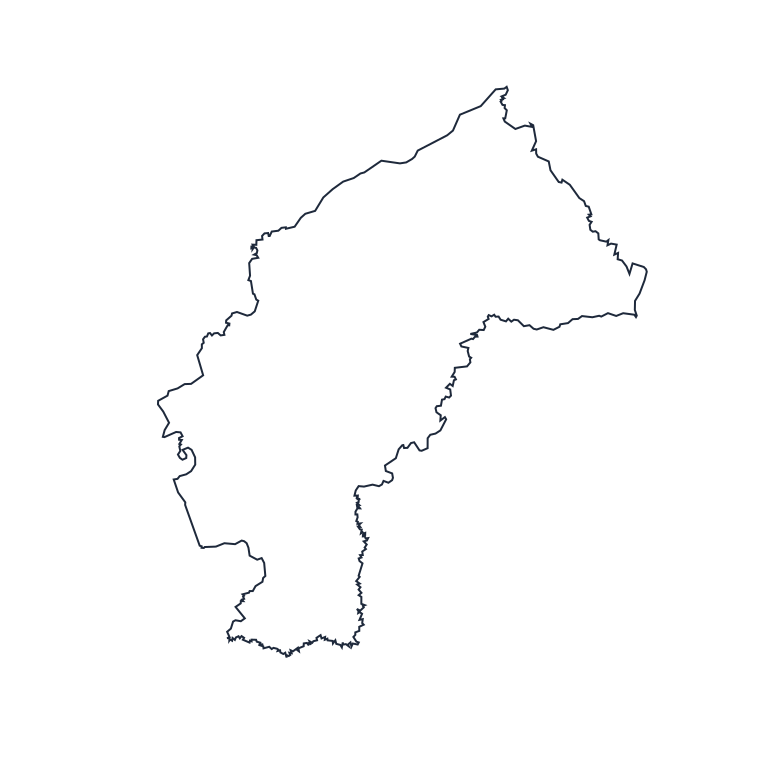 Majalengka, Jawa Barat, Indonesia (Albers equal-area conic projection), rotated 233°
{"feature_id": "22746128B87647472826371", "entity_name": "Majalengka", "entity_type": "district", "adm_level": 2, "iso_a3": "IDN", "parent_name": "Indonesia", "parent_adm1": "Jawa Barat", "projection": "albers", "projection_center": [108.194, -6.808], "detail": "fine", "context": "isolated", "style": "outline", "palette": "slate", "viewbox_px": 768, "rotation_deg": 233, "n_neighbors": 0, "source": "geoboundaries", "source_scale": "gbopen_adm2", "svg_char_len": 6154}
<svg xmlns="http://www.w3.org/2000/svg" viewBox="0 0 768 768"><g transform="rotate(233 384 384)"><path d="M547.5,660.8L547.5,657.9L552.1,650.5L547.7,628.5L553.4,606.7L544.9,591.6L544.6,584.1L550.1,551.4L547.1,545.4L546.8,541.9L547.6,535.1L550.6,529.5L563.9,516.3L564.8,495.6L566.3,491.9L566.7,483.8L570.2,473.2L570.5,460.3L569.5,447.8L563.7,433.2L567.3,423.6L566.8,417.6L563.4,407.3L567.0,399.1L568.2,399.9L570.4,396.1L570.0,391.9L573.3,386.1L571.0,381.8L571.6,381.0L574.3,382.3L576.2,379.2L575.6,375.7L572.5,373.9L575.6,368.7L572.0,365.8L574.3,363.0L572.6,362.8L573.6,360.9L572.4,359.9L572.2,361.4L570.7,360.1L571.4,362.2L569.7,363.8L566.9,363.3L565.1,361.2L565.5,358.1L563.5,359.8L560.5,359.5L563.3,354.0L561.7,349.1L551.1,342.2L548.6,338.2L546.3,339.7L535.0,333.7L533.6,334.5L528.3,332.8L526.2,333.7L519.8,324.5L519.5,319.5L520.9,315.9L530.0,309.9L531.8,305.1L530.3,303.3L529.8,296.3L528.0,294.7L525.3,296.9L524.0,295.7L525.0,294.5L521.9,287.3L519.3,286.1L521.1,282.8L524.8,282.0L526.7,278.8L526.3,275.8L529.4,275.7L530.2,274.1L528.5,271.2L529.5,269.4L528.6,266.4L525.4,264.8L525.3,262.4L522.2,260.1L519.5,252.2L499.8,244.8L500.2,230.0L503.9,224.7L504.7,216.5L507.9,207.8L505.0,204.1L506.5,193.5L503.7,191.2L494.8,191.1L482.4,189.0L479.2,181.1L474.9,175.6L473.7,176.7L470.8,189.1L467.8,192.4L463.5,191.7L464.2,187.8L462.8,186.8L461.0,188.8L459.3,184.5L457.9,185.4L457.4,183.0L453.1,181.0L451.7,177.0L447.9,176.5L444.8,177.5L443.9,181.5L446.1,183.4L452.6,183.5L451.1,189.2L447.2,190.7L439.1,189.0L433.2,184.7L430.5,177.5L430.9,171.7L433.4,165.4L432.5,162.0L434.3,158.6L421.3,154.3L409.1,154.1L407.1,152.4L365.8,139.5L364.1,140.7L363.0,139.7L361.5,141.4L361.7,142.7L355.3,151.9L352.9,160.7L345.7,168.7L344.6,176.1L342.6,177.7L339.5,178.5L334.8,177.2L327.8,173.4L320.0,177.0L318.6,181.5L313.2,180.6L302.1,173.7L301.8,170.7L299.2,167.9L299.9,159.8L297.6,154.6L299.5,152.1L298.6,150.6L301.1,144.5L299.1,144.8L299.0,143.5L296.6,143.0L297.3,140.8L295.3,140.9L296.8,139.0L295.0,137.5L295.3,131.3L280.6,131.8L280.7,126.9L284.7,123.2L285.1,120.5L280.8,114.5L280.5,109.6L274.7,108.3L275.5,105.7L274.0,107.6L272.2,106.1L272.6,107.3L270.4,108.2L272.3,110.2L269.4,110.9L270.7,113.2L270.1,116.0L267.7,115.8L268.4,118.5L265.5,119.5L264.7,117.4L258.4,121.0L259.7,122.5L258.2,123.4L259.5,124.4L256.7,127.9L254.8,127.3L251.9,129.5L251.0,128.0L248.8,130.8L249.4,128.1L247.1,129.7L245.4,128.7L243.2,134.2L239.9,134.8L239.8,136.9L237.0,139.2L235.5,139.7L234.8,138.4L233.8,140.7L232.0,139.7L229.0,141.1L228.8,143.4L224.2,141.6L225.8,143.2L224.1,144.2L224.0,146.1L226.3,146.7L224.6,148.2L227.5,149.2L225.3,150.4L225.2,156.0L223.8,154.6L221.7,155.2L224.4,156.6L222.9,162.0L225.1,163.8L223.6,166.6L220.5,166.6L222.5,167.4L222.4,168.5L219.8,168.9L223.3,169.7L220.5,171.0L221.1,172.8L219.6,176.3L221.9,177.3L221.6,182.2L218.4,181.0L217.4,184.7L215.4,182.8L214.7,185.5L213.2,184.7L209.7,188.4L207.5,187.1L208.6,190.9L205.2,189.5L201.9,192.1L199.0,191.8L202.4,195.5L200.4,194.7L199.2,197.0L195.7,198.0L197.6,198.5L197.8,201.7L193.9,200.0L195.5,202.9L191.8,206.2L192.8,208.3L194.8,206.9L200.4,207.3L200.9,210.1L202.9,211.6L201.7,215.7L205.0,218.1L204.0,222.9L206.2,222.7L209.0,225.5L210.4,222.5L213.7,228.2L216.4,227.3L216.6,225.6L217.8,226.9L220.6,227.0L217.3,228.6L217.8,233.4L219.4,233.6L218.9,235.6L222.1,233.6L227.6,237.8L230.6,236.7L230.8,240.3L235.1,240.0L235.9,242.9L240.0,241.9L239.2,244.5L243.3,243.2L244.6,248.5L246.1,248.3L253.7,258.9L257.3,257.9L259.9,258.8L259.0,261.6L261.7,261.9L260.2,264.1L263.3,265.8L263.1,270.2L265.0,270.1L266.2,273.6L270.5,273.1L269.3,276.2L270.5,278.6L271.7,276.4L274.0,277.0L275.0,275.4L276.1,276.4L274.8,278.1L276.4,279.4L276.9,277.7L278.5,277.7L278.6,275.7L281.1,278.6L282.5,277.3L285.6,277.4L284.2,279.0L286.6,279.1L286.8,281.3L288.4,278.7L289.7,280.2L291.2,279.4L293.4,282.7L295.9,284.2L297.0,282.7L299.2,284.4L300.7,288.0L299.1,290.0L301.0,290.0L301.3,288.3L303.9,289.6L302.4,291.4L305.4,291.0L305.0,292.7L306.8,294.2L306.6,295.8L308.0,293.7L309.3,294.8L308.7,292.8L310.9,295.6L312.6,293.2L316.0,297.4L317.7,302.3L314.1,306.3L310.5,314.3L305.4,318.5L305.0,321.9L306.9,325.3L302.5,328.1L302.3,332.6L303.7,334.7L307.7,336.7L313.4,333.1L318.3,335.7L317.6,348.8L323.0,356.4L324.1,361.7L323.6,362.7L320.8,361.5L318.9,364.3L320.6,370.0L319.3,373.0L309.6,372.4L308.0,373.9L306.5,380.2L314.4,386.2L315.6,390.4L313.4,395.3L313.0,401.1L318.4,412.4L320.9,412.7L320.9,407.0L324.9,410.5L329.8,408.9L333.7,410.6L334.5,412.8L332.4,416.4L336.6,420.9L335.5,423.2L336.8,425.7L334.0,427.9L334.4,430.5L339.8,433.6L343.7,431.3L344.5,436.7L341.1,437.7L344.9,442.1L344.4,444.2L347.3,444.7L349.1,442.5L351.1,447.7L354.3,450.3L348.1,460.9L349.3,466.0L352.1,467.5L352.5,469.4L354.7,468.5L360.0,470.7L362.0,473.1L367.4,468.4L370.4,469.0L367.6,481.1L366.3,482.1L367.0,485.2L365.6,487.2L367.1,487.8L372.0,483.1L369.2,489.2L370.0,492.7L367.1,496.1L368.8,499.4L373.6,500.7L373.0,506.7L375.3,507.4L376.0,509.1L373.3,510.6L373.0,513.7L370.6,513.6L368.9,516.1L365.2,515.8L360.6,519.1L361.4,522.5L357.2,523.2L357.1,526.5L354.3,529.3L346.0,530.5L343.4,535.6L338.1,536.7L335.6,538.8L333.4,545.5L325.3,551.9L324.1,558.6L325.6,560.7L321.9,567.6L322.3,573.6L319.2,578.1L319.1,583.0L311.9,590.6L309.0,596.9L307.1,598.1L305.8,605.5L298.6,610.4L296.6,617.6L288.7,625.6L285.8,625.5L286.5,627.0L292.2,628.9L299.3,634.5L302.4,642.5L310.0,654.5L315.5,661.4L317.9,662.3L321.1,661.9L330.7,655.1L324.2,646.3L331.9,648.4L339.4,648.4L343.0,645.7L347.8,649.8L348.7,645.8L355.3,653.7L359.5,649.8L360.3,646.0L363.9,649.8L363.9,647.2L368.8,643.0L370.3,642.5L375.3,645.8L378.7,644.9L380.0,642.4L383.0,641.6L387.4,644.0L388.6,647.4L391.0,645.8L394.6,646.4L393.6,649.9L395.9,649.6L394.7,651.7L402.4,654.2L404.8,652.3L409.6,653.8L414.9,651.9L431.3,652.3L439.8,649.4L438.0,647.0L440.2,645.1L454.5,645.6L462.6,649.5L472.9,643.7L476.4,644.2L479.9,646.7L481.4,642.5L486.4,651.6L500.9,658.9L503.7,657.6L500.2,657.0L505.6,652.0L508.6,642.4L520.9,638.4L524.3,639.2L523.2,640.7L528.7,646.8L531.8,646.4L533.9,648.4L535.6,646.6L539.4,647.1L539.4,648.3L540.6,648.4L539.8,650.4L541.0,650.6L540.3,651.8L542.9,651.0L541.8,655.3L544.1,659.7L547.5,660.8Z" fill="none" stroke="#1e293b" stroke-width="2"/></g></svg>